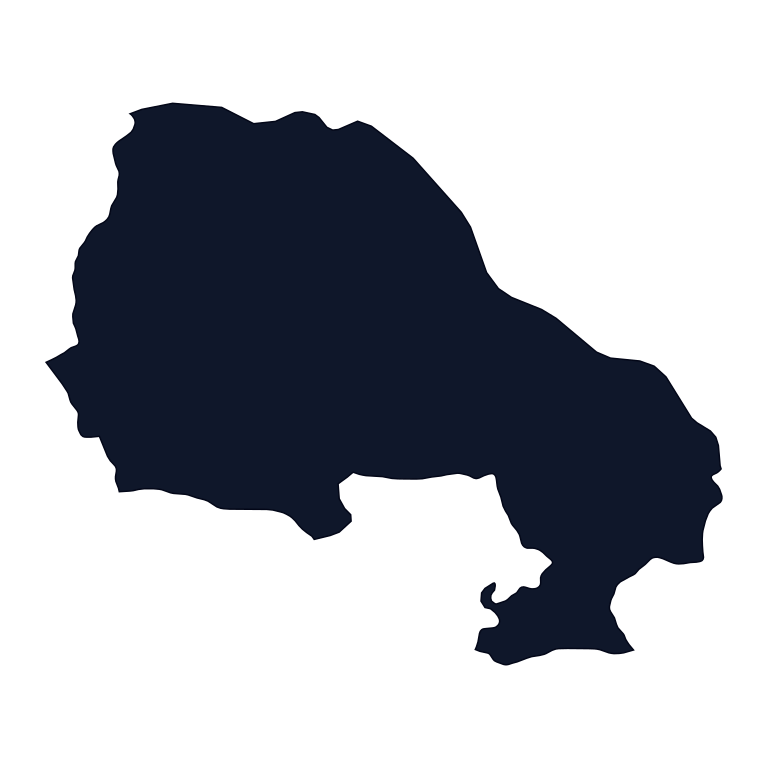 SVG path tracing the border of Severno-Banatski
{"feature_id": "SRB-275", "entity_name": "Severno-Banatski", "entity_type": "District", "adm_level": 1, "iso_a3": "SRB", "parent_name": "Republic of Serbia", "parent_adm1": "", "projection": "equal_earth", "projection_center": [20.218, 45.881], "detail": "fine", "context": "isolated", "style": "filled", "palette": "ink", "viewbox_px": 768, "rotation_deg": 0, "n_neighbors": 0, "source": "natural_earth", "source_scale": "10m", "svg_char_len": 4811}
<svg xmlns="http://www.w3.org/2000/svg" viewBox="0 0 768 768"><path d="M172.6,103.3L221.7,107.4L253.7,123.7L275.5,121.4L294.9,112.6L302.4,111.8L314.9,114.5L319.0,117.5L326.9,127.3L332.7,130.1L338.4,129.5L357.6,121.2L371.4,126.2L413.1,158.2L461.3,212.3L470.5,227.1L486.6,272.6L498.4,288.6L511.5,297.4L541.6,309.5L556.1,318.3L596.5,352.1L610.5,358.1L639.8,361.0L654.2,366.2L666.0,376.9L691.6,418.2L697.0,422.8L710.4,431.0L715.8,437.2L718.4,445.5L720.1,465.7L721.1,468.9L720.9,469.1L719.9,470.3L718.4,471.7L716.7,472.9L712.9,474.7L711.6,475.8L711.2,476.8L711.3,478.1L712.1,480.0L714.0,482.4L717.7,486.1L719.6,489.3L721.6,495.1L721.9,496.5L721.9,498.6L721.4,500.6L720.3,502.3L712.2,508.1L709.9,510.9L708.2,513.6L705.4,520.8L702.9,530.6L702.5,533.5L702.2,539.5L702.4,545.7L702.8,551.7L703.5,557.3L703.1,559.1L702.1,560.5L700.8,561.2L699.4,561.6L696.5,562.1L690.2,562.5L683.7,563.6L678.7,563.9L676.2,563.7L673.9,563.2L670.6,562.0L663.0,558.7L659.8,557.7L657.5,557.2L655.2,557.3L653.5,557.6L652.1,558.1L650.1,559.5L645.2,564.4L638.9,569.3L635.2,573.6L633.4,574.8L629.3,576.8L620.3,581.8L617.4,584.6L615.8,587.1L613.9,593.9L611.5,598.6L610.8,600.5L609.5,606.1L609.4,607.5L609.6,609.5L610.5,611.6L614.4,617.8L616.4,624.3L617.9,627.8L623.3,633.9L624.1,635.2L625.7,639.4L627.2,641.9L629.0,644.6L633.5,650.0L623.7,652.8L619.5,653.4L614.0,653.6L611.4,653.3L608.9,652.8L600.0,649.7L597.2,649.1L594.3,648.8L588.5,648.6L567.5,648.4L558.7,648.6L555.8,649.0L552.1,650.3L545.9,653.6L544.1,654.3L539.6,655.4L531.7,656.6L526.7,658.2L517.3,661.8L512.2,663.2L508.6,664.4L506.9,664.7L505.1,664.7L503.5,664.4L496.7,661.9L494.4,660.7L493.2,659.4L489.9,654.4L489.0,653.6L487.6,653.0L479.9,651.3L475.3,649.5L476.5,646.7L478.0,641.9L479.5,633.4L480.3,631.3L481.7,629.7L483.0,629.0L484.8,628.7L492.3,628.0L494.1,627.7L495.7,627.2L497.6,625.7L498.6,624.5L499.3,623.2L499.7,621.1L499.3,618.9L497.8,615.9L495.0,612.4L490.5,608.7L485.0,607.5L481.0,601.1L481.6,592.9L485.0,588.4L493.2,583.2L494.4,583.0L495.1,584.0L495.2,585.9L494.5,590.1L492.2,592.8L490.9,595.3L490.7,598.2L491.5,601.1L494.6,603.5L496.0,604.1L499.3,603.1L505.5,601.0L507.6,599.6L511.6,595.8L515.1,593.8L516.7,592.8L519.9,588.3L521.6,587.2L523.7,586.9L525.6,587.3L529.5,588.5L531.8,588.9L534.1,588.8L535.9,588.5L537.5,587.9L539.3,586.5L540.4,584.7L540.7,582.8L540.6,577.8L541.2,575.7L542.3,573.7L545.7,569.9L550.8,565.5L552.2,563.9L552.6,562.8L552.2,561.1L550.8,559.5L546.8,556.2L542.9,552.4L540.1,550.4L538.4,549.5L535.0,548.4L532.7,548.1L527.3,548.1L526.4,547.9L524.3,546.9L522.7,545.2L521.6,543.1L520.0,536.5L519.3,534.4L516.9,530.4L512.5,525.1L511.3,523.2L508.3,515.4L505.5,511.0L503.1,506.1L500.9,497.1L497.8,488.9L497.2,486.0L496.5,480.1L496.0,477.4L495.2,475.5L493.9,474.2L492.8,473.7L491.4,473.6L488.4,474.1L484.0,475.6L479.2,477.9L476.8,478.5L475.8,478.5L473.7,478.0L469.5,475.8L467.3,475.0L461.2,473.6L459.6,473.3L457.3,473.2L446.8,474.6L441.0,475.9L431.6,477.0L422.3,478.7L416.3,479.0L404.0,478.9L397.9,478.8L391.9,478.4L382.5,476.6L365.9,475.6L362.4,475.0L359.3,474.3L353.1,472.2L348.9,475.7L347.4,477.0L338.1,483.8L339.2,498.7L344.6,508.5L350.7,514.7L351.1,521.2L339.2,532.1L330.2,535.5L314.2,539.4L312.9,537.5L311.8,536.1L306.6,532.5L302.4,529.1L299.1,525.7L295.1,520.7L292.0,517.7L289.9,516.1L286.5,514.2L283.3,512.7L280.9,512.0L272.8,510.0L266.8,509.4L229.6,509.1L223.5,508.7L220.6,508.2L216.9,506.9L208.0,501.1L204.3,499.7L197.0,497.9L188.2,494.9L185.4,494.3L173.5,493.4L170.6,492.8L161.8,489.7L159.1,489.2L153.3,488.7L144.3,488.7L138.5,489.4L133.4,490.6L130.2,491.0L119.3,491.7L118.5,488.2L115.9,481.4L115.5,479.0L115.5,476.6L116.4,471.2L116.4,469.0L115.9,467.4L115.1,465.9L110.3,460.7L107.5,456.2L99.4,436.3L91.2,437.1L86.5,437.1L84.6,437.0L83.0,436.5L81.2,435.0L80.4,433.7L79.0,430.8L78.4,429.3L78.0,427.0L77.8,422.3L78.5,414.8L78.3,412.8L77.2,410.6L72.2,404.3L70.8,402.1L70.0,399.9L68.2,393.3L67.1,391.3L62.1,383.7L46.1,362.3L51.5,359.8L56.3,357.4L61.2,354.5L64.4,352.8L69.1,349.1L71.2,347.7L75.5,346.2L77.4,345.2L78.1,344.5L78.7,343.5L79.1,341.5L78.8,339.3L77.8,336.2L75.9,328.9L74.9,326.4L73.4,323.2L72.8,316.6L72.9,313.8L75.7,304.9L76.1,302.6L76.2,300.2L75.6,295.6L74.2,289.5L72.6,277.9L72.8,275.8L74.9,270.3L75.2,268.2L75.2,263.4L75.5,261.5L78.4,255.7L79.1,250.2L79.4,249.2L80.0,248.0L84.2,242.8L85.4,241.0L87.3,236.9L89.6,233.3L92.5,229.6L94.7,227.3L96.7,225.8L103.3,222.6L105.3,221.1L107.1,219.4L108.9,216.8L109.8,214.1L110.9,208.4L111.7,205.7L116.7,197.3L117.5,194.7L118.0,189.1L117.8,182.0L118.1,179.8L119.2,175.5L119.3,173.4L119.0,171.3L116.3,165.5L115.6,163.4L113.2,153.4L113.0,151.2L113.0,149.0L113.6,146.9L115.4,144.3L117.2,142.5L119.2,140.9L126.4,136.0L131.1,132.3L133.2,129.3L135.0,124.3L135.2,122.2L134.8,120.1L134.3,118.7L132.4,115.9L131.2,114.6L130.1,113.8L141.8,109.4L172.6,103.3Z" fill="#0f172a" stroke="#020617" stroke-width="1.5"/></svg>